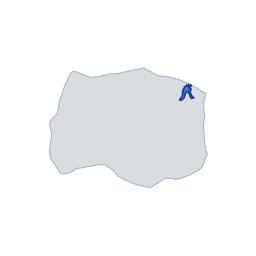 Likila, Butha-Buthe, Lesotho (highlighted), rotated 47°
{"feature_id": "5366337B33433866284044", "entity_name": "Likila", "entity_type": "district", "adm_level": 2, "iso_a3": "LSO", "parent_name": "Lesotho", "parent_adm1": "Butha-Buthe", "projection": "albers", "projection_center": [28.423, -28.762], "detail": "fine", "context": "in_parent", "style": "filled", "palette": "blue", "viewbox_px": 256, "rotation_deg": 47, "n_neighbors": 0, "source": "geoboundaries", "source_scale": "gbopen_adm2", "svg_char_len": 4260}
<svg xmlns="http://www.w3.org/2000/svg" viewBox="0 0 256 256"><g transform="rotate(47 128 128)"><path d="M162.7,166.1L156.6,168.0L155.7,168.2L151.9,167.7L146.7,168.2L142.6,169.2L139.4,169.6L134.3,175.2L124.9,190.1L122.5,193.2L121.8,199.0L119.6,203.7L117.0,207.3L114.4,208.2L106.6,206.8L96.6,205.0L90.8,200.5L85.6,194.6L82.8,190.4L80.0,188.0L79.0,186.7L74.9,184.8L73.4,183.8L72.0,183.0L70.3,180.2L69.4,177.7L69.7,170.8L66.8,166.7L61.8,159.8L58.6,154.0L54.3,146.2L51.6,139.5L48.8,132.6L49.1,129.6L51.7,127.5L59.2,123.9L65.1,121.1L69.3,116.1L73.8,108.7L76.0,104.2L78.3,102.1L80.7,99.0L84.9,92.0L89.6,84.2L94.7,75.8L101.2,73.4L110.0,70.6L118.4,63.3L128.5,57.1L144.9,50.5L152.5,48.8L155.4,47.8L157.2,49.1L159.1,52.9L161.9,56.1L168.3,61.7L171.1,63.0L177.7,71.2L184.7,76.9L192.9,83.4L198.4,86.7L201.2,87.6L203.5,93.3L205.9,97.6L207.2,101.6L206.9,105.5L204.3,115.0L200.4,124.7L197.4,128.7L193.7,131.2L190.1,135.0L188.7,142.8L187.0,152.0L182.4,155.7L178.7,158.2L173.7,161.2L162.7,166.1Z" fill="#d9dde1" stroke="#a8b0b8" stroke-width="1"/><path d="M143.4,70.9L143.5,70.8L143.6,70.7L143.9,70.5L144.0,70.3L144.0,70.2L143.9,70.1L144.0,70.0L144.0,69.9L144.0,69.7L144.2,69.2L144.0,68.8L144.0,68.7L144.1,68.2L144.3,67.9L144.2,67.7L144.3,67.5L144.3,67.4L144.2,67.1L144.3,66.9L144.2,66.8L144.1,66.2L143.9,65.9L143.8,65.7L143.7,65.3L143.7,65.2L143.4,64.9L143.3,64.7L143.2,64.3L143.1,64.2L142.9,63.9L142.8,63.7L142.6,63.4L142.5,63.2L142.4,63.3L142.4,63.2L142.3,62.9L142.3,63.0L142.2,62.9L142.2,62.6L141.9,62.4L142.0,62.3L142.0,62.2L141.9,62.1L141.6,61.8L141.7,61.7L141.7,61.4L141.7,61.2L141.5,60.8L141.3,60.7L141.3,60.3L141.3,60.2L141.3,59.9L141.2,59.8L141.5,59.9L141.7,59.7L141.8,59.5L141.9,59.3L142.0,59.3L142.1,59.7L142.4,59.5L142.5,59.5L142.8,59.6L142.8,59.4L143.1,59.5L143.3,59.8L143.6,59.7L143.7,59.8L143.8,59.9L143.9,59.7L144.0,59.7L144.3,59.8L144.6,59.9L144.8,60.0L144.9,59.9L145.0,60.0L145.4,60.1L145.4,59.9L145.8,60.0L146.1,60.2L146.3,60.4L146.4,60.6L146.5,60.6L146.5,60.8L146.8,61.0L147.0,60.9L147.1,61.0L147.2,60.9L147.2,61.0L147.4,61.1L147.5,61.2L147.8,61.0L148.0,61.1L148.3,61.2L148.5,61.1L148.8,61.3L149.1,61.4L149.3,61.4L149.5,61.4L149.7,61.5L149.8,61.4L149.9,61.1L150.0,60.8L150.0,60.7L150.2,60.4L150.4,60.0L150.6,59.8L150.7,59.4L150.2,59.6L149.5,59.6L149.3,59.3L149.2,59.2L149.0,59.3L148.6,59.2L148.5,59.4L148.2,59.5L147.8,59.5L147.1,59.3L146.7,59.0L146.6,58.9L146.4,58.9L146.0,58.7L145.7,58.8L145.5,58.6L145.2,58.5L144.0,58.4L143.9,58.2L143.9,57.8L143.9,57.6L143.7,57.3L143.5,56.9L143.4,56.9L143.3,56.4L143.2,56.3L143.1,56.0L143.1,55.9L142.8,55.7L142.8,55.8L142.8,56.0L142.7,56.0L142.6,55.9L142.6,55.6L142.4,55.6L142.3,55.8L142.0,55.7L141.9,55.4L141.7,55.5L141.3,55.9L141.3,56.0L141.2,55.9L140.9,55.8L140.8,56.0L140.7,55.9L140.5,56.0L140.3,56.1L140.1,56.2L139.9,56.2L139.8,55.9L139.4,55.7L139.7,55.6L140.0,55.3L140.4,55.1L140.5,54.9L140.5,54.6L140.5,54.2L140.4,53.9L140.3,53.7L140.3,53.0L140.1,52.9L140.1,52.7L139.9,52.6L139.8,52.8L139.7,52.8L139.6,52.7L139.3,52.7L139.3,52.8L139.3,53.0L139.2,53.0L139.1,53.3L139.0,53.6L138.8,53.7L138.7,53.7L138.7,53.8L138.3,53.9L138.3,54.0L138.2,54.1L138.1,54.4L137.9,54.4L137.7,54.3L137.8,54.5L137.9,54.8L138.0,54.9L137.9,54.9L138.0,54.9L138.0,55.0L137.9,55.1L138.0,55.3L138.1,55.5L138.1,55.8L137.8,55.8L137.7,55.8L137.8,55.9L137.7,56.0L137.6,55.9L137.5,56.0L137.4,56.1L137.2,56.1L137.3,56.2L137.3,56.3L137.2,56.5L137.0,56.4L137.0,56.5L136.9,56.6L136.8,56.9L136.8,57.0L136.6,57.2L136.7,57.3L136.8,57.5L136.7,57.6L136.7,57.8L136.7,58.1L136.8,58.2L136.8,58.5L136.7,58.6L136.8,58.6L136.7,58.8L136.8,58.9L137.0,59.1L137.1,59.5L137.2,60.1L137.1,60.6L137.3,60.9L137.6,60.9L137.6,61.1L137.8,61.3L138.1,61.3L137.9,61.6L138.0,61.7L137.9,62.0L138.2,62.1L138.3,62.2L138.3,62.3L138.3,62.5L138.1,62.6L138.1,62.8L138.3,62.9L138.5,63.0L139.0,63.2L139.0,63.3L139.1,63.5L139.4,63.8L139.5,63.8L139.8,63.9L139.7,64.0L139.8,64.0L140.1,64.3L140.3,64.5L140.5,64.9L140.5,65.0L140.9,65.3L140.9,65.6L141.0,65.7L141.1,66.0L141.3,66.4L141.4,66.6L141.6,67.0L141.7,67.3L141.7,67.5L141.8,67.6L141.8,67.9L142.0,68.1L142.2,68.5L142.2,68.9L142.2,69.0L142.3,69.3L142.2,69.3L142.2,69.5L142.3,69.6L142.4,69.9L142.3,70.2L142.2,70.4L142.6,70.7L142.6,70.8L142.8,71.0L143.1,71.1L143.3,71.0L143.4,70.9Z" fill="#3b82f6" stroke="#1e3a8a" stroke-width="1.5"/></g></svg>